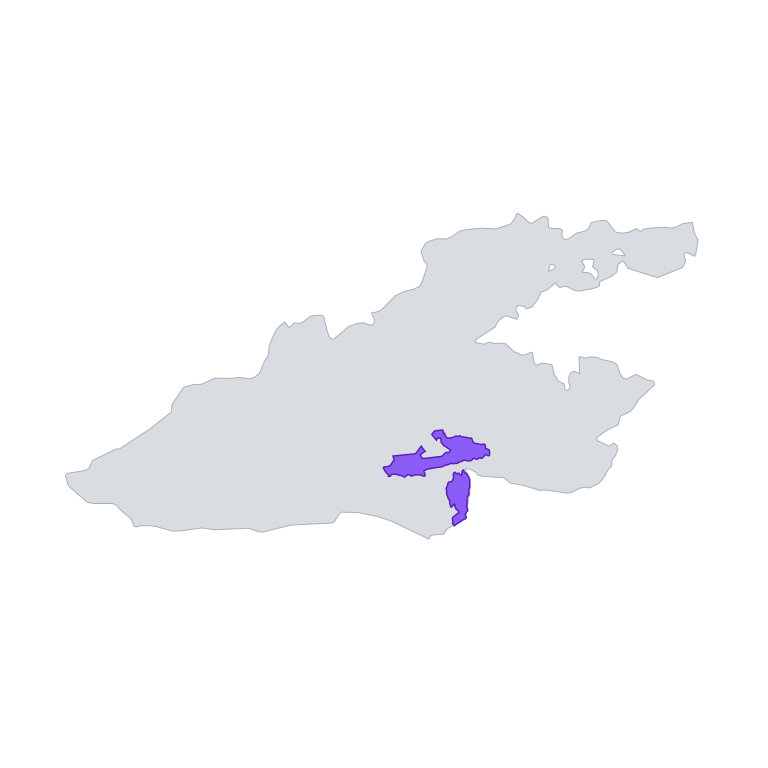 Panfilov, Chuy, Kyrgyzstan (highlighted), rotated 175°
{"feature_id": "92254566B35271705363117", "entity_name": "Panfilov", "entity_type": "district", "adm_level": 2, "iso_a3": "KGZ", "parent_name": "Kyrgyzstan", "parent_adm1": "Chuy", "projection": "mercator", "projection_center": [73.745, 42.502], "detail": "fine", "context": "in_parent", "style": "filled", "palette": "violet", "viewbox_px": 768, "rotation_deg": 175, "n_neighbors": 0, "source": "geoboundaries", "source_scale": "gbopen_adm2", "svg_char_len": 8791}
<svg xmlns="http://www.w3.org/2000/svg" viewBox="0 0 768 768"><g transform="rotate(175 384 384)"><path d="M160.8,463.2L162.7,462.0L168.8,460.7L181.2,459.5L185.5,460.4L194.0,465.5L200.4,464.9L201.7,465.6L204.1,469.9L213.2,463.6L219.7,461.7L223.1,455.3L230.1,447.7L236.1,446.5L236.2,447.7L237.3,448.9L243.4,450.6L245.3,448.6L246.3,445.8L244.1,441.4L244.1,439.6L246.1,436.9L255.8,441.1L258.0,441.0L262.4,438.7L266.5,434.5L268.0,431.3L288.0,420.7L289.5,418.8L289.2,417.4L280.8,414.9L277.0,416.3L273.5,416.3L271.4,414.8L261.2,414.2L258.9,413.1L252.2,405.4L243.8,400.6L239.7,400.9L234.9,402.9L233.4,402.0L233.0,394.7L232.0,390.4L229.1,389.4L225.4,391.1L215.1,388.7L213.9,379.6L210.1,371.6L204.6,368.3L204.4,363.5L202.5,361.5L200.9,362.0L198.8,364.5L199.8,369.8L199.1,375.2L197.8,377.9L195.5,379.8L192.8,379.9L188.1,377.2L187.4,393.3L186.5,394.3L180.9,392.1L176.4,393.0L169.8,392.0L164.8,389.4L155.0,386.4L150.4,383.4L147.6,372.6L144.9,368.7L142.3,367.8L132.0,371.6L121.3,365.0L116.0,363.6L114.6,361.6L114.9,359.1L131.1,346.9L137.4,338.6L141.4,335.0L151.6,331.3L153.9,323.6L154.8,322.7L165.1,319.0L176.7,312.2L177.0,310.3L175.8,308.7L165.4,302.5L160.1,305.3L156.9,301.7L156.9,298.0L160.4,291.7L163.4,288.5L164.6,282.4L168.8,278.3L173.1,271.8L178.4,266.5L188.2,262.5L193.6,263.8L198.7,262.9L206.6,259.6L211.5,259.4L231.9,264.3L238.6,264.6L254.4,271.0L266.8,274.2L272.8,280.3L292.6,283.1L298.1,284.9L300.0,287.9L305.7,291.7L310.5,292.5L306.3,277.7L308.0,269.0L314.2,244.8L317.5,241.2L333.7,234.3L337.4,229.3L349.0,229.3L351.5,228.4L352.8,225.6L388.7,246.8L402.3,252.7L421.1,258.2L437.0,260.0L439.8,258.7L446.1,250.4L449.1,250.1L488.6,251.6L516.9,247.2L521.0,247.4L531.5,252.1L565.0,253.5L578.1,256.5L598.9,255.4L607.6,255.9L623.4,261.9L629.0,263.2L639.3,264.1L643.2,263.1L645.5,264.4L647.7,271.9L657.5,281.5L661.0,286.6L664.7,288.6L683.2,290.2L690.1,292.2L707.2,310.0L709.4,320.4L707.6,322.6L689.5,323.9L685.4,325.5L681.0,333.2L656.7,342.5L653.1,342.4L620.5,360.0L598.1,374.8L597.1,381.9L584.0,398.1L574.1,400.0L565.8,399.6L552.0,404.6L534.4,402.9L528.4,403.2L516.8,400.9L512.2,402.1L507.2,405.4L500.4,418.2L497.6,421.2L496.3,424.1L495.3,430.4L492.7,436.9L486.9,446.9L482.0,451.5L477.4,454.4L473.8,448.4L467.8,452.6L462.2,451.7L458.8,453.0L451.0,458.2L439.5,458.0L438.2,456.2L436.0,441.7L434.0,434.8L432.3,433.2L430.3,433.1L413.7,444.5L406.1,446.5L399.8,446.9L391.6,443.5L389.8,444.3L388.3,446.2L387.8,448.5L390.2,455.0L389.5,456.3L385.8,456.2L380.6,457.7L364.8,471.1L354.8,474.6L345.5,475.9L339.9,478.3L336.8,483.3L330.7,497.1L331.0,499.9L333.5,503.6L335.4,511.9L334.9,514.1L330.0,520.9L323.6,523.0L318.7,524.0L309.2,523.1L304.3,524.5L295.2,529.7L287.8,530.6L273.8,530.8L260.1,528.8L255.6,529.5L243.4,532.6L239.3,537.4L237.1,541.8L235.9,542.4L231.0,538.4L224.8,531.4L221.8,531.5L210.8,537.2L209.2,537.1L206.1,534.9L206.5,526.0L203.0,524.1L195.5,523.7L193.0,521.7L193.8,516.0L193.0,513.8L191.0,512.1L187.1,512.6L179.4,517.4L170.2,519.0L167.1,520.6L163.5,526.8L151.4,528.1L147.5,526.7L140.1,515.2L133.8,513.4L127.3,513.8L118.6,516.8L116.5,514.3L114.3,513.6L112.3,515.7L101.6,516.0L90.7,515.7L84.5,514.3L80.5,514.4L72.5,517.6L62.7,518.2L61.7,507.4L58.6,500.1L61.6,488.0L63.3,484.1L70.6,488.6L73.2,487.9L73.9,485.5L72.8,480.1L76.4,474.2L102.2,466.1L130.8,477.9L134.6,485.5L137.1,485.2L141.0,481.8L142.2,475.2L147.8,471.6L160.1,467.2L160.8,463.2ZM175.4,490.0L176.0,488.9L173.8,483.2L176.8,478.0L170.9,477.1L168.0,475.5L164.7,470.2L163.6,469.9L161.8,471.4L160.9,474.9L161.7,478.7L165.9,482.3L163.9,489.8L172.5,490.7L175.4,490.0ZM145.6,495.1L145.4,493.5L143.4,492.8L132.7,490.7L133.1,492.2L137.2,497.8L140.3,498.1L145.6,495.1ZM209.3,485.5L209.9,482.0L203.5,484.1L202.8,485.8L204.9,488.0L207.7,488.8L209.3,485.5Z" fill="#d9dde1" stroke="#a8b0b8" stroke-width="1"/><path d="M284.9,308.9L285.2,309.3L285.6,309.6L286.3,310.0L286.5,310.1L287.6,310.5L288.3,310.8L288.5,311.0L288.8,311.3L288.7,311.8L288.6,312.1L288.4,312.5L288.3,313.5L288.6,314.6L289.0,315.0L289.6,315.4L290.4,315.5L292.0,315.3L293.0,315.4L295.8,316.3L297.1,316.6L298.8,316.9L299.4,317.4L299.8,317.8L300.3,318.2L300.7,319.7L301.1,320.9L301.2,321.6L301.3,321.8L301.6,322.2L302.0,322.5L302.4,322.7L303.2,322.7L303.6,322.6L304.1,322.6L304.3,322.7L305.4,323.2L306.0,323.6L306.8,323.8L307.5,323.7L308.1,323.7L308.8,324.2L309.4,324.4L310.1,324.3L310.8,324.3L311.3,324.6L312.1,325.4L312.8,325.7L313.5,325.8L314.5,325.3L315.1,325.2L316.0,325.8L316.9,326.0L318.4,325.4L319.6,324.9L320.5,324.7L321.7,324.6L322.7,324.5L324.3,324.5L325.3,324.7L325.9,324.9L326.3,325.2L327.0,325.9L327.1,326.9L327.4,327.6L327.8,328.3L327.9,329.4L328.3,329.8L329.1,329.6L329.4,333.0L336.6,333.0L337.3,332.7L338.0,332.6L340.8,329.6L336.7,323.4L335.4,325.5L332.2,324.9L332.1,320.9L330.3,317.9L323.3,312.4L325.3,310.2L328.4,310.4L332.8,306.9L350.2,306.3L352.6,306.7L354.1,310.6L348.9,313.3L352.4,318.8L358.6,311.7L381.3,311.5L380.4,306.7L381.1,306.6L381.9,306.1L383.9,303.5L384.3,302.9L385.2,302.1L387.3,301.6L388.2,301.4L390.0,301.5L391.2,301.4L392.0,300.5L391.9,300.1L390.5,297.1L389.2,294.9L387.7,293.2L387.2,292.5L387.7,291.7L386.9,291.6L386.6,291.5L386.4,291.5L385.7,291.6L385.7,292.0L384.9,292.7L384.0,293.2L382.6,293.4L381.2,293.2L379.9,292.9L378.8,292.7L378.7,292.7L377.6,292.2L376.7,291.8L376.0,291.5L374.7,291.3L373.8,291.0L373.3,290.5L372.9,289.9L372.3,289.6L371.3,289.7L370.3,290.1L369.6,290.7L368.6,291.4L368.1,291.7L367.5,291.7L366.8,291.3L366.2,290.7L365.5,290.3L364.7,290.0L363.6,290.0L362.0,290.6L360.9,290.8L360.7,290.9L359.2,290.6L358.2,290.5L356.9,290.4L355.7,290.2L354.8,289.8L354.1,289.3L353.2,288.9L352.0,288.9L351.4,288.8L351.5,289.1L351.3,289.4L351.0,290.3L351.3,291.7L351.5,292.3L351.8,293.4L351.8,294.1L351.3,294.5L350.6,294.6L349.8,294.8L348.9,295.1L348.3,295.5L347.3,295.6L346.0,295.7L344.5,295.7L343.3,295.8L342.0,296.1L340.8,296.1L339.1,296.2L337.4,296.3L335.9,296.4L335.7,296.4L334.9,296.4L333.4,296.5L332.2,296.8L331.4,297.4L330.0,297.7L327.9,297.9L326.8,298.2L325.9,298.6L324.9,299.0L324.1,299.0L322.5,298.7L319.9,298.6L317.4,298.6L317.0,299.2L316.4,299.4L315.8,299.6L314.3,299.9L313.4,300.4L312.5,300.5L311.7,300.7L311.0,301.1L310.2,301.2L309.4,300.9L308.1,300.2L307.1,300.0L305.5,300.0L304.4,300.0L303.4,300.3L302.8,300.8L302.5,301.4L301.7,302.0L301.1,302.0L300.4,301.9L299.8,301.7L299.2,301.3L298.2,300.9L297.3,301.0L296.9,301.3L296.4,301.7L296.0,302.0L295.2,302.0L294.5,301.8L294.0,301.5L293.3,301.4L292.7,301.6L291.9,302.3L291.7,302.6L291.0,303.0L290.3,303.6L289.8,304.1L289.3,304.6L288.4,304.6L287.7,304.3L287.1,303.8L286.7,303.5L286.0,303.4L285.6,303.4L285.2,303.7L284.9,304.9L284.8,305.7L284.8,306.8L284.8,307.7L284.8,308.1L284.9,308.9ZM326.2,236.6L325.2,237.4L322.7,238.9L321.6,239.4L320.4,239.8L319.2,240.9L318.5,241.1L317.5,241.7L316.7,242.0L315.8,242.3L314.4,242.7L313.7,243.7L313.6,244.4L313.9,244.8L314.3,245.0L314.4,245.8L314.3,246.5L313.7,248.1L312.9,249.4L312.3,249.9L311.8,250.3L311.6,251.0L311.7,251.8L311.8,252.5L312.0,253.3L312.2,254.3L312.2,255.1L312.2,256.1L311.5,257.7L311.5,258.1L311.6,258.4L311.6,258.6L311.6,258.9L311.6,259.0L311.5,259.3L311.5,259.5L311.4,260.8L311.2,261.7L311.5,262.6L311.3,263.3L311.0,263.9L310.2,265.0L309.4,265.6L309.2,266.2L308.9,266.7L308.9,269.7L308.7,271.5L308.0,273.1L307.6,273.8L307.5,274.9L307.5,276.8L307.4,277.8L307.2,279.3L306.9,281.3L307.3,282.7L307.6,283.8L307.9,284.6L308.3,285.3L308.7,285.9L308.9,286.5L309.3,287.1L309.7,287.8L310.6,288.2L311.4,288.6L311.7,289.0L312.0,289.7L311.8,290.5L312.2,291.2L312.5,291.4L312.9,291.4L313.2,291.2L313.5,290.6L313.9,290.0L314.1,288.9L314.3,288.0L314.4,287.4L314.4,286.8L314.5,286.4L314.7,286.2L315.1,286.2L315.7,286.5L316.1,287.0L316.7,288.1L317.0,288.4L317.5,288.7L318.0,288.7L318.1,288.4L318.6,288.1L319.0,288.0L319.6,288.3L320.5,289.2L320.7,289.8L322.0,289.6L322.6,288.9L322.9,288.1L322.7,286.6L322.8,285.6L323.0,284.6L323.3,283.4L323.8,282.4L324.6,281.4L325.9,280.7L326.6,280.5L327.3,280.8L328.1,280.6L328.7,279.8L329.2,279.0L329.4,278.3L329.6,277.2L329.9,276.6L330.4,276.1L330.9,275.2L331.2,274.2L331.2,273.1L330.9,272.4L330.8,271.7L330.9,271.2L331.1,270.0L331.3,269.4L331.1,268.4L330.6,267.1L330.4,266.1L330.2,265.4L330.0,264.5L329.6,263.9L329.2,262.8L328.7,261.8L328.8,260.9L328.8,260.0L328.9,259.2L328.8,258.6L328.6,257.4L328.2,256.1L327.9,255.4L327.4,255.5L327.1,256.1L327.0,256.6L326.4,256.8L325.8,256.9L325.4,257.2L325.3,257.6L325.1,258.1L324.8,258.3L324.3,258.2L323.9,257.8L323.9,257.3L324.2,256.7L324.2,255.9L324.0,255.2L323.6,254.8L323.4,254.2L323.3,253.5L323.1,252.9L322.6,252.4L322.2,252.2L321.6,251.9L321.0,251.0L320.8,250.3L320.6,249.6L321.1,249.0L322.5,248.3L323.6,247.6L324.3,246.9L325.3,246.4L326.6,245.5L327.2,245.0L327.6,244.4L327.5,243.5L327.5,242.6L327.5,242.1L327.2,241.9L327.1,241.4L327.3,240.9L327.7,240.1L327.8,239.4L327.8,238.8L327.5,238.2L326.2,236.6Z" fill="#8b5cf6" stroke="#5b21b6" stroke-width="1.5"/></g></svg>